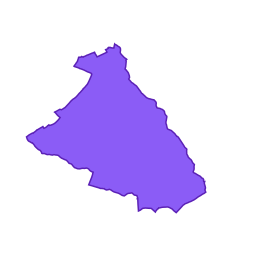 outline of Bolbosi, Gorj, Romania, rotated 18°
{"feature_id": "2599482B55979442092240", "entity_name": "Bolbosi", "entity_type": "district", "adm_level": 2, "iso_a3": "ROU", "parent_name": "Romania", "parent_adm1": "Gorj", "projection": "equal_earth", "projection_center": [23.209, 44.74], "detail": "fine", "context": "isolated", "style": "filled", "palette": "violet", "viewbox_px": 256, "rotation_deg": 18, "n_neighbors": 0, "source": "geoboundaries", "source_scale": "gbopen_adm2", "svg_char_len": 5670}
<svg xmlns="http://www.w3.org/2000/svg" viewBox="0 0 256 256"><g transform="rotate(18 128 128)"><path d="M186.7,127.6L178.7,121.2L177.5,120.7L176.9,120.9L176.2,120.3L175.5,119.9L174.7,119.2L173.8,118.7L172.4,118.1L170.0,117.0L166.5,116.8L165.8,116.6L165.0,115.5L163.9,113.6L163.7,113.3L163.4,112.7L162.9,112.3L162.5,111.5L162.3,110.7L162.1,110.1L162.1,109.1L162.0,108.8L161.8,107.4L161.7,106.9L161.5,105.3L161.1,104.7L160.3,104.4L158.7,103.1L157.8,101.6L157.6,101.1L157.4,100.9L157.0,100.6L155.7,100.0L154.7,99.7L153.4,99.7L152.4,99.5L149.7,99.9L149.3,99.8L149.0,99.6L148.9,99.2L148.1,98.5L147.6,97.5L147.5,97.1L147.2,95.6L146.7,94.9L146.1,94.3L144.6,93.6L144.1,93.2L143.9,93.2L142.5,93.4L141.4,93.5L140.2,93.5L138.5,93.7L136.2,93.4L134.4,92.5L133.2,91.9L132.1,91.5L131.8,91.3L131.4,91.0L130.1,90.7L128.3,89.1L126.4,87.9L125.7,87.2L124.6,86.6L123.8,85.9L123.2,85.5L122.2,85.1L120.7,84.7L119.4,84.1L118.8,83.9L117.3,83.6L116.3,82.9L113.7,81.4L113.5,81.2L113.9,79.7L113.6,78.9L113.0,77.7L111.8,76.2L111.5,75.7L110.7,75.0L108.7,73.7L108.2,73.3L107.2,73.0L107.0,72.6L106.9,72.0L106.9,70.7L106.3,67.9L105.9,66.2L105.8,65.6L105.5,64.8L105.0,64.2L105.1,63.9L105.6,63.1L104.7,62.7L103.1,62.3L102.0,61.8L99.1,60.2L98.0,59.5L97.5,58.9L97.2,58.5L97.0,57.3L96.9,56.6L96.7,55.9L96.2,54.7L95.9,54.3L95.6,54.2L95.1,53.8L94.6,53.6L93.4,53.4L92.2,52.9L90.4,52.5L89.7,52.5L89.4,52.3L89.6,54.9L89.8,56.0L89.8,56.3L89.4,56.3L88.3,56.8L87.6,56.8L86.7,57.0L86.1,56.8L85.9,56.9L85.5,57.2L84.9,57.2L84.7,57.3L84.5,57.5L84.4,57.6L84.3,57.8L84.7,58.0L84.5,58.5L83.8,59.3L82.5,60.4L83.2,61.0L84.4,62.2L84.5,62.5L76.6,69.9L74.9,68.3L74.6,68.1L73.7,67.4L73.1,66.6L72.8,66.8L72.6,66.4L71.2,67.6L70.6,68.0L67.4,70.8L66.5,71.4L65.0,73.0L63.9,73.7L63.8,73.9L63.8,74.1L63.4,74.5L63.2,74.5L62.8,74.4L62.5,74.5L62.0,74.3L61.9,74.3L61.9,74.5L61.7,74.8L61.4,74.9L61.2,75.2L60.7,75.4L60.4,75.7L59.5,75.7L59.3,75.9L59.2,76.5L59.3,76.9L59.3,78.3L59.2,79.4L59.4,79.9L58.6,82.4L58.4,83.3L57.5,85.9L58.1,86.1L61.6,86.1L63.2,86.2L63.6,86.4L65.5,86.3L68.4,86.5L72.1,87.1L73.4,87.1L73.6,87.1L75.7,87.3L76.5,87.5L76.7,87.8L76.7,88.2L76.7,88.3L77.0,88.5L76.9,90.3L76.4,95.4L76.1,97.5L75.9,98.5L75.9,99.1L75.7,99.2L75.4,100.0L74.8,101.4L74.4,102.5L73.5,104.1L73.2,104.6L73.4,104.8L72.1,107.6L71.6,108.9L71.1,109.7L70.4,111.3L70.3,111.7L69.1,114.4L67.9,116.3L66.8,117.6L66.3,118.4L65.3,120.2L64.4,122.5L62.9,125.7L62.3,127.0L61.8,128.0L61.6,128.4L61.3,128.5L60.5,129.6L59.1,131.2L58.9,131.2L57.4,131.3L55.0,133.9L54.3,134.6L53.6,135.2L53.3,135.6L54.6,136.1L55.1,136.5L57.2,137.8L59.1,138.6L60.2,139.0L59.7,140.6L58.8,142.7L57.7,144.8L56.9,146.1L55.9,147.3L53.9,149.0L53.5,149.3L52.7,149.5L52.4,149.9L52.1,149.9L51.7,149.6L51.4,150.1L51.0,150.5L50.2,152.1L49.7,152.7L48.2,154.3L47.9,154.2L47.1,153.3L46.6,152.9L45.4,154.4L45.2,154.5L43.8,156.1L43.0,157.0L42.3,157.8L42.1,157.8L41.5,158.8L41.2,159.5L39.3,162.2L39.3,162.3L38.7,162.3L36.1,165.1L35.7,165.6L35.1,166.6L34.2,167.8L35.5,169.6L36.3,170.4L37.2,171.0L38.0,171.3L39.5,171.5L40.4,171.8L41.1,171.9L41.0,171.5L40.9,171.3L41.0,171.4L41.8,171.8L43.2,172.6L43.8,173.0L44.5,173.5L45.1,174.1L47.0,175.1L49.2,176.1L50.0,176.3L50.8,176.3L51.5,176.5L52.7,177.3L53.0,177.6L53.7,178.6L54.1,178.8L54.7,178.7L56.4,178.1L59.3,178.3L60.6,177.8L61.1,177.5L63.3,177.3L64.5,177.1L65.1,176.7L65.7,176.3L66.5,176.1L67.3,176.1L68.3,175.8L68.8,175.8L69.6,175.6L70.7,175.8L71.8,176.4L74.0,177.2L76.0,177.4L77.2,177.6L78.6,177.6L79.8,177.9L80.2,178.1L81.0,178.6L81.9,179.1L82.8,179.8L83.2,179.8L84.6,179.7L85.5,179.8L86.3,180.3L87.2,181.0L88.0,181.4L88.8,181.9L89.1,182.1L89.3,182.2L90.8,182.2L91.6,182.3L92.9,182.3L94.9,181.7L95.8,181.1L97.1,180.4L97.7,180.2L99.1,179.9L100.7,179.0L101.2,178.9L102.9,179.0L103.4,179.2L104.3,179.9L105.4,180.4L106.9,180.8L107.2,180.8L108.4,180.7L108.5,180.8L108.5,182.0L108.7,183.4L108.7,185.5L108.7,186.1L108.2,194.2L119.1,193.9L120.5,194.0L122.5,193.4L123.2,193.4L124.0,193.0L125.2,193.5L126.6,193.6L128.1,192.9L128.5,192.6L129.2,192.1L129.4,192.1L130.9,192.2L132.8,192.8L134.3,193.1L136.0,193.1L138.2,193.0L139.2,193.0L140.4,193.2L142.4,193.7L143.3,193.9L144.9,193.8L145.5,193.7L146.6,192.2L147.2,191.4L147.5,190.9L148.1,190.3L150.3,189.3L151.7,188.5L153.2,189.1L154.1,189.6L154.9,189.8L157.3,189.5L158.9,191.7L158.8,192.0L159.0,191.9L161.1,197.5L163.6,203.7L164.6,202.8L165.2,202.2L166.5,200.3L166.8,199.9L167.6,199.5L169.3,198.7L170.6,198.4L172.7,197.9L174.7,197.3L175.1,197.3L180.0,199.5L180.2,198.2L180.7,197.1L181.1,195.8L181.3,195.7L181.6,195.6L181.7,195.2L181.8,195.0L181.8,194.5L182.8,194.2L183.4,193.8L184.9,192.9L185.9,192.5L186.7,192.1L187.5,191.9L189.9,190.9L190.8,190.8L191.2,190.8L192.3,190.9L195.0,191.4L195.7,191.7L196.8,192.4L200.0,193.6L202.6,188.1L204.2,184.5L204.6,183.9L205.1,183.4L205.4,182.8L205.9,182.3L208.2,180.4L209.3,179.3L209.9,178.9L210.5,178.4L213.1,175.8L214.8,173.6L215.5,172.5L215.9,172.0L216.9,170.8L217.9,169.8L218.7,168.7L219.9,167.3L220.4,166.9L221.8,165.0L220.6,163.6L220.4,163.1L220.1,162.4L220.3,162.2L220.3,161.7L220.1,160.8L219.0,159.0L218.7,158.6L217.9,157.4L217.7,157.0L217.6,156.6L217.5,156.1L217.5,155.1L217.1,155.2L217.0,155.5L216.5,155.5L216.0,154.4L215.8,153.6L215.3,153.2L214.8,152.8L213.5,152.7L213.2,152.6L212.3,151.9L211.3,151.5L209.1,151.2L208.7,151.0L207.8,150.9L206.2,150.4L205.0,150.4L203.8,149.9L203.6,149.7L203.5,149.4L203.6,147.1L203.5,146.5L203.0,145.0L202.7,144.3L202.4,142.2L200.3,141.1L199.0,139.8L198.7,139.4L197.9,138.8L197.4,138.5L196.2,138.1L195.1,137.5L194.1,136.9L193.4,135.9L192.1,134.8L191.7,134.1L191.6,133.9L191.3,132.8L190.8,131.7L190.6,130.4L190.4,129.9L189.7,129.5L188.8,129.2L188.0,128.8L187.0,128.0L186.7,127.6Z" fill="#8b5cf6" stroke="#5b21b6" stroke-width="1.5"/></g></svg>